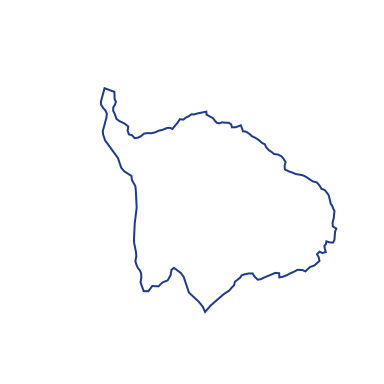 Potiretama, Ceará, Brazil, rotated 139°
{"feature_id": "56859067B9808487421198", "entity_name": "Potiretama", "entity_type": "district", "adm_level": 2, "iso_a3": "BRA", "parent_name": "Brazil", "parent_adm1": "Ceará", "projection": "orthographic", "projection_center": [-38.179, -5.778], "detail": "fine", "context": "isolated", "style": "outline", "palette": "blue", "viewbox_px": 384, "rotation_deg": 139, "n_neighbors": 0, "source": "geoboundaries", "source_scale": "gbopen_adm2", "svg_char_len": 2380}
<svg xmlns="http://www.w3.org/2000/svg" viewBox="0 0 384 384"><g transform="rotate(139 192 192)"><path d="M107.1,69.7L108.3,73.6L106.2,76.5L101.9,79.5L99.1,82.2L97.0,84.1L96.3,86.8L95.3,89.4L95.0,92.1L93.2,95.5L90.9,100.0L90.6,103.6L90.5,106.4L92.2,109.5L91.5,113.4L91.5,117.3L93.9,120.8L95.1,125.1L96.0,128.6L97.2,131.5L99.0,134.0L102.0,137.6L103.4,140.6L105.3,143.9L107.1,148.0L104.9,151.1L101.8,153.1L101.1,157.0L101.1,160.4L102.6,164.0L105.2,166.8L105.6,169.8L106.6,173.2L106.7,177.1L105.7,180.2L107.0,183.2L107.3,186.2L108.0,189.3L109.0,192.2L110.1,194.5L110.5,198.0L111.6,202.1L113.7,204.3L112.5,207.3L111.4,210.3L116.4,212.1L119.4,214.6L118.1,217.3L118.7,220.0L121.4,222.4L123.6,224.9L126.3,225.8L127.9,228.0L128.0,231.0L127.7,233.9L128.9,237.1L130.3,240.8L128.5,243.3L132.3,245.4L136.5,247.8L139.4,249.1L141.4,251.0L144.7,251.3L147.9,252.2L151.1,252.3L153.4,254.9L157.7,253.7L162.2,253.0L165.4,252.4L166.5,254.9L168.8,256.7L173.3,258.2L177.1,260.2L180.7,261.2L184.0,262.9L186.6,265.3L189.7,267.5L193.7,267.6L197.3,268.5L200.0,270.3L200.0,274.1L201.8,276.9L200.3,280.6L197.1,283.2L197.9,287.4L199.3,290.9L200.4,293.4L201.0,296.9L199.3,300.9L198.2,305.0L196.0,307.5L192.9,308.4L190.2,310.1L189.4,313.0L187.2,315.6L184.9,318.5L189.9,327.7L201.4,320.0L203.3,317.7L204.0,313.2L203.8,310.4L204.8,307.1L208.0,304.1L219.5,296.4L221.5,293.4L223.7,288.0L225.6,266.3L229.5,256.7L229.6,252.2L228.8,249.5L227.2,243.9L229.5,240.4L230.9,233.6L233.8,229.5L244.1,216.4L255.9,205.8L266.5,194.7L268.9,191.8L273.9,183.1L276.2,180.0L280.0,177.1L281.5,174.0L282.7,170.3L282.8,166.9L283.7,164.2L285.8,161.3L290.2,157.4L293.5,148.9L290.1,145.7L283.7,147.1L279.2,142.8L273.7,143.1L268.3,141.3L262.8,143.2L258.5,146.7L255.4,146.6L253.6,138.4L254.0,133.3L260.3,118.1L258.9,104.9L259.1,98.5L260.8,92.9L252.0,94.1L235.6,94.1L232.8,93.8L228.5,93.2L224.6,93.8L221.5,94.0L218.5,96.1L214.7,95.9L211.9,95.8L209.3,96.5L206.4,95.4L202.8,93.4L199.7,90.8L200.3,87.3L199.9,82.7L197.2,81.0L193.7,80.1L189.2,78.6L186.2,77.6L182.3,76.4L179.5,73.5L182.1,70.2L179.1,68.5L174.8,66.9L171.6,66.3L167.7,65.0L163.4,64.0L159.9,60.7L158.5,57.7L155.6,57.9L151.9,57.9L147.9,56.3L144.4,56.3L141.1,56.3L139.2,59.6L138.5,63.0L134.9,63.3L133.7,60.5L130.4,58.9L129.1,61.7L127.7,64.3L125.0,64.9L122.9,66.6L121.2,63.7L118.8,61.3L115.9,62.4L112.6,65.7L109.9,68.3L107.1,69.7Z" fill="none" stroke="#1e3a8a" stroke-width="2"/></g></svg>